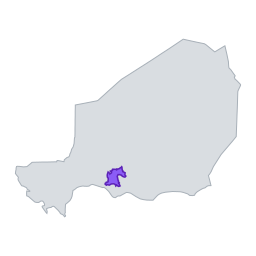 location of Dakoro, Maradi, Niger
{"feature_id": "23599985B7432037800977", "entity_name": "Dakoro", "entity_type": "district", "adm_level": 2, "iso_a3": "NER", "parent_name": "Niger", "parent_adm1": "Maradi", "projection": "orthographic", "projection_center": [7.096, 14.397], "detail": "fine", "context": "in_parent", "style": "filled", "palette": "violet", "viewbox_px": 256, "rotation_deg": 0, "n_neighbors": 0, "source": "geoboundaries", "source_scale": "gbopen_adm2", "svg_char_len": 4587}
<svg xmlns="http://www.w3.org/2000/svg" viewBox="0 0 256 256"><path d="M211.0,185.6L208.4,185.7L206.9,186.3L205.1,187.8L203.0,188.4L200.4,189.8L198.8,190.8L197.3,191.7L195.2,193.7L194.6,195.2L192.5,195.6L189.6,195.4L187.7,193.9L183.3,192.4L180.5,191.8L179.2,191.7L172.6,191.5L165.5,192.2L161.9,193.0L161.3,193.2L159.2,194.2L157.6,195.3L153.0,200.2L146.9,200.1L143.4,199.6L140.3,198.9L136.0,196.6L130.7,193.2L128.7,192.7L126.8,192.4L126.2,192.5L119.9,196.0L118.7,195.9L117.2,196.3L116.2,197.1L115.5,197.6L114.7,197.6L113.7,197.4L112.8,196.9L111.8,195.9L109.2,192.1L108.7,191.4L107.6,190.3L105.7,188.5L104.4,187.6L103.7,187.4L102.7,187.6L97.7,186.0L92.7,184.4L91.5,184.6L90.7,184.9L89.0,186.1L86.9,186.3L84.3,186.2L82.9,186.0L80.6,186.4L79.0,186.8L77.0,187.6L74.3,189.8L73.6,190.1L73.0,190.4L72.0,196.4L71.3,198.3L69.9,200.6L67.3,202.9L65.5,204.3L65.4,206.1L65.2,209.2L65.2,211.3L65.3,212.7L64.9,213.3L64.8,213.9L64.9,214.8L65.3,215.2L65.6,215.8L65.4,216.3L64.5,216.8L63.6,215.4L62.4,214.4L61.1,214.0L60.2,213.2L59.8,212.3L58.1,210.3L54.2,206.5L53.7,206.4L53.1,206.2L52.0,206.7L51.3,207.3L50.8,207.5L50.0,207.5L48.1,208.0L46.6,208.6L46.6,209.1L47.2,211.9L46.9,213.4L46.2,212.7L44.1,209.8L42.6,207.6L42.3,207.2L42.1,206.4L42.3,206.1L42.9,205.9L44.3,205.6L44.5,205.4L44.6,204.8L44.4,203.8L43.7,202.3L42.9,201.3L42.5,201.1L41.6,201.0L40.7,201.1L39.0,202.3L38.3,202.5L36.6,202.4L35.0,202.1L34.1,201.4L31.3,199.0L28.3,196.4L27.0,196.0L26.7,195.8L26.6,193.8L26.7,191.5L26.9,190.9L28.1,191.3L29.5,191.5L29.9,191.1L28.9,190.2L27.3,189.4L26.8,188.1L26.3,187.6L25.6,187.2L24.8,186.9L24.0,186.5L23.5,186.1L22.6,186.0L21.6,185.7L20.3,183.6L19.0,181.5L18.2,180.0L18.0,179.0L18.4,177.4L18.0,176.8L16.6,175.1L15.4,173.5L15.7,171.2L16.1,169.3L16.1,168.0L16.3,167.3L16.5,166.5L17.3,166.3L19.5,166.4L23.6,166.9L26.9,166.6L27.1,166.5L29.5,164.5L32.1,162.3L36.0,162.2L40.2,162.1L43.5,162.0L48.3,162.0L52.2,161.9L56.7,161.8L56.9,160.8L57.2,160.6L57.6,160.5L60.9,161.1L64.0,161.7L64.3,159.8L67.0,157.5L68.6,157.0L69.0,156.6L69.5,155.8L69.8,154.6L70.0,153.7L70.5,153.0L71.0,151.6L71.6,149.3L73.2,146.8L74.1,143.4L74.3,140.2L74.5,137.7L74.9,137.2L75.0,132.8L75.0,128.4L75.1,124.7L75.1,120.0L75.2,116.0L75.2,111.6L75.3,107.6L75.3,105.0L78.4,104.4L81.6,103.8L86.3,102.9L91.4,101.9L97.0,100.8L98.2,100.2L102.4,96.4L104.3,94.7L108.0,91.3L110.9,88.7L114.6,85.4L118.4,82.0L121.5,79.3L126.3,76.3L133.5,71.7L140.7,67.1L147.9,62.5L155.0,57.9L162.1,53.2L169.2,48.6L176.2,43.9L183.2,39.2L190.4,40.8L197.3,42.3L204.2,43.7L205.8,44.6L209.6,47.7L214.5,51.7L214.7,51.8L214.9,51.8L219.2,49.2L224.9,45.8L226.9,54.4L228.4,61.7L228.7,66.4L228.9,67.7L229.4,68.5L230.5,69.3L235.2,75.9L234.3,77.1L235.1,79.2L236.3,80.1L240.1,84.0L240.6,84.8L240.5,85.5L238.2,90.4L237.8,91.6L237.6,97.7L237.5,102.0L237.3,108.0L237.0,115.1L236.8,121.1L236.5,129.1L236.2,136.6L232.7,140.9L226.3,148.4L221.1,154.5L218.5,158.6L213.4,166.6L211.1,171.7L209.4,174.4L208.4,175.5L209.4,179.2L211.0,185.6Z" fill="#d9dde1" stroke="#a8b0b8" stroke-width="1"/><path d="M107.4,176.9L107.5,177.5L108.2,178.1L108.2,180.2L108.0,180.5L108.1,181.3L108.1,181.7L107.3,182.1L106.4,182.2L106.4,182.6L105.2,183.3L105.2,184.4L106.5,185.2L107.1,184.7L107.8,184.7L109.1,185.1L109.4,185.1L110.9,184.2L111.2,184.0L112.1,183.9L113.7,183.8L114.2,184.0L115.0,184.3L115.3,184.9L116.1,184.9L115.9,185.3L115.9,185.9L116.3,185.6L116.5,185.3L116.8,185.2L117.2,185.6L117.7,185.9L118.5,186.4L118.9,186.4L119.3,186.2L119.8,186.1L120.1,185.9L119.6,185.2L119.5,184.5L119.4,183.9L119.0,183.5L118.6,183.4L118.6,183.1L119.1,182.5L118.5,182.2L118.5,180.9L118.1,180.6L118.1,179.9L117.6,178.9L117.8,178.2L117.6,177.8L117.4,177.3L117.4,176.8L117.2,176.2L117.7,175.4L118.1,175.0L118.1,174.6L119.9,174.6L120.1,174.9L121.3,175.1L121.8,175.6L122.1,176.1L122.8,176.5L124.1,177.0L125.0,177.1L125.9,176.1L125.8,175.9L125.0,175.2L124.9,174.3L125.0,174.1L125.1,172.7L124.6,172.5L124.4,172.4L123.9,172.1L123.4,171.8L122.9,171.8L122.7,171.5L122.7,171.3L122.8,170.6L122.7,170.5L122.3,170.1L122.2,169.9L122.1,168.9L122.0,168.1L122.0,167.6L121.9,167.0L121.7,166.7L121.4,167.1L120.9,167.5L120.2,167.8L119.9,168.1L119.7,168.4L119.0,168.7L118.5,168.9L117.7,169.1L116.9,168.9L116.8,169.1L116.9,169.6L116.8,169.8L116.6,169.9L116.1,169.3L115.9,169.3L115.5,169.4L115.1,169.3L112.6,169.2L112.3,169.5L112.3,169.9L112.5,170.3L111.9,170.7L111.2,170.9L110.3,171.0L110.3,171.3L111.0,171.4L111.4,171.6L111.5,171.7L111.5,172.8L110.5,173.6L110.2,173.6L109.9,173.9L109.8,173.4L109.8,173.2L109.3,172.9L108.9,172.7L108.6,172.5L108.1,172.0L107.3,174.4L107.2,176.0L107.4,176.9Z" fill="#8b5cf6" stroke="#5b21b6" stroke-width="1.5"/></svg>